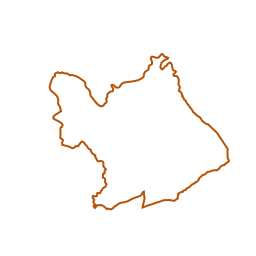 outline of Qiloane, Maseru, Lesotho, rotated 325°
{"feature_id": "5366337B33510041242454", "entity_name": "Qiloane", "entity_type": "district", "adm_level": 2, "iso_a3": "LSO", "parent_name": "Lesotho", "parent_adm1": "Maseru", "projection": "albers", "projection_center": [27.645, -29.358], "detail": "fine", "context": "isolated", "style": "outline", "palette": "amber", "viewbox_px": 256, "rotation_deg": 325, "n_neighbors": 0, "source": "geoboundaries", "source_scale": "gbopen_adm2", "svg_char_len": 5408}
<svg xmlns="http://www.w3.org/2000/svg" viewBox="0 0 256 256"><g transform="rotate(325 128 128)"><path d="M192.0,212.6L192.3,209.9L194.2,207.1L195.0,205.8L195.8,204.5L197.6,202.6L198.0,189.9L198.0,187.5L198.0,185.6L198.2,183.6L197.8,180.9L197.4,178.9L196.8,176.6L196.5,175.3L196.4,173.8L195.9,172.4L195.8,170.9L194.5,169.7L193.8,167.6L193.1,166.0L192.8,164.6L193.0,162.8L193.2,161.5L192.8,160.3L192.3,158.8L192.1,157.8L191.2,156.5L191.2,154.5L190.5,152.5L190.8,150.3L190.8,148.9L190.8,147.8L190.5,146.6L190.8,144.8L190.5,143.6L190.5,141.6L190.5,140.1L190.9,138.9L190.4,137.2L190.4,136.3L190.8,135.1L190.7,133.9L190.5,132.9L191.3,132.6L191.4,131.1L191.9,130.2L191.6,129.0L191.8,128.2L191.0,126.8L194.1,124.1L194.1,123.0L194.3,121.2L195.9,119.5L197.3,117.5L197.6,116.3L197.8,115.4L197.9,113.8L196.8,112.7L195.7,111.9L195.5,111.0L196.0,110.0L197.0,109.9L197.9,109.9L198.7,109.7L199.5,109.4L199.3,108.2L198.3,106.9L198.4,105.3L199.3,103.3L199.7,102.3L200.2,101.1L200.5,99.8L199.7,98.3L198.6,98.3L197.9,98.3L196.7,98.4L195.5,99.1L193.6,98.9L192.2,99.4L190.8,99.5L190.0,99.8L189.1,98.5L189.4,96.9L190.3,95.8L191.8,94.6L193.0,93.8L195.0,93.4L196.6,93.4L197.5,93.4L198.8,93.7L200.2,94.1L201.1,93.6L200.6,92.5L199.7,91.7L199.1,91.1L198.8,90.1L198.8,88.8L198.7,87.3L197.4,86.7L196.3,87.1L195.4,87.4L193.9,87.8L192.7,87.5L191.8,86.9L191.0,86.3L190.5,85.5L189.9,84.6L189.2,83.9L188.2,83.1L187.0,83.8L186.3,84.8L185.7,87.3L185.2,88.4L184.0,89.4L181.7,89.1L180.6,89.3L179.8,90.1L179.2,91.1L178.4,91.7L177.6,91.9L175.9,91.9L174.9,91.9L173.9,91.9L172.2,92.9L169.8,95.2L168.7,95.2L167.2,95.2L165.2,94.9L163.7,94.6L160.2,93.3L157.7,92.0L154.3,90.3L151.7,88.9L150.0,88.3L148.0,88.2L146.4,88.8L144.8,89.5L143.4,89.5L142.4,88.8L141.1,87.5L141.1,85.3L140.5,84.5L139.8,83.6L138.8,83.5L138.5,85.1L138.5,86.5L138.0,87.7L137.5,88.4L136.5,89.0L134.7,88.3L133.8,88.1L132.8,88.1L131.4,88.3L130.3,88.7L129.5,89.6L128.9,90.7L127.2,91.3L126.5,92.0L126.2,93.4L125.1,94.6L123.0,94.8L122.3,94.9L120.9,95.6L120.0,95.4L118.7,95.1L117.6,93.6L116.8,91.7L116.3,88.1L116.1,83.8L115.8,80.0L117.7,76.6L117.9,73.8L117.2,71.2L117.2,69.5L118.0,67.8L118.9,66.6L119.0,65.6L118.8,64.5L118.1,62.5L117.6,61.0L116.7,58.7L115.3,55.9L114.6,55.0L113.5,53.6L112.3,52.3L110.5,51.3L109.6,48.7L108.4,47.7L107.1,46.6L105.9,44.6L104.4,44.4L103.8,44.1L103.3,43.5L102.5,42.1L100.5,41.7L99.2,41.7L97.9,43.6L95.7,43.4L93.7,44.5L91.8,45.8L90.1,47.1L88.9,48.1L87.4,49.3L86.6,51.1L86.4,52.4L86.5,53.7L87.2,56.5L87.5,57.9L88.0,60.0L88.0,61.8L87.5,64.1L86.6,65.4L85.6,67.0L84.6,67.9L84.5,70.1L84.4,71.1L84.1,72.5L83.4,74.0L82.7,75.9L80.5,75.7L77.4,75.6L75.4,75.6L73.9,75.7L72.9,76.3L72.4,77.9L73.5,79.9L74.0,80.9L75.6,83.8L76.3,86.2L76.2,88.1L74.8,89.1L73.0,89.1L71.9,90.3L71.3,91.1L69.5,93.8L68.8,94.9L67.9,95.9L66.8,97.4L67.7,99.3L67.7,100.6L66.8,101.5L65.7,102.1L64.5,104.1L68.2,108.4L71.0,112.7L72.3,113.2L74.7,112.9L76.8,114.4L77.8,113.7L82.4,112.5L83.6,114.6L83.6,116.9L84.0,119.4L83.8,122.3L85.0,124.7L84.9,124.8L84.6,125.0L84.4,125.5L84.2,126.0L84.3,126.7L84.2,127.3L84.2,127.6L84.3,128.9L84.7,129.9L85.6,131.4L85.3,131.7L84.9,132.2L84.5,132.7L84.7,133.4L84.6,133.9L84.5,134.5L84.3,135.4L84.2,136.7L84.2,137.6L84.5,138.2L85.3,138.7L86.6,139.2L87.0,139.6L87.9,140.8L88.1,141.2L88.1,141.8L87.8,142.4L87.1,143.6L86.5,144.2L86.0,145.1L85.9,145.6L85.9,146.4L86.0,147.3L86.1,148.1L86.2,148.9L86.1,149.3L85.4,149.4L84.1,149.7L83.5,151.0L83.0,151.7L82.4,151.6L81.9,151.3L81.4,151.2L80.9,151.6L80.3,152.5L79.2,153.9L79.1,154.3L79.2,154.7L79.7,155.3L80.1,156.1L79.9,156.7L79.7,157.2L79.2,157.9L78.7,158.3L78.3,158.6L78.0,160.1L78.2,161.0L78.2,161.7L77.9,162.0L76.5,162.8L75.9,162.9L75.6,163.0L75.0,163.2L74.4,163.2L73.7,162.9L73.2,162.9L72.4,163.2L70.9,164.0L70.5,164.1L69.6,164.0L69.2,164.3L68.6,165.0L68.2,165.3L67.9,165.4L67.3,165.1L66.9,164.8L66.3,164.2L66.1,163.9L65.8,163.7L65.5,163.7L65.4,164.0L64.1,165.2L63.1,165.8L62.6,165.8L62.1,165.5L60.6,163.7L60.3,163.5L60.1,163.6L59.9,163.7L59.5,164.2L59.1,164.8L59.0,165.3L59.0,165.7L59.1,167.0L59.1,167.5L58.9,167.7L58.1,168.1L57.4,168.5L57.1,168.7L56.9,169.0L56.9,169.3L56.9,170.1L56.9,170.7L57.0,171.1L57.1,171.6L57.0,172.1L56.9,172.3L56.5,172.3L55.9,172.2L55.6,172.1L55.4,172.0L55.2,172.1L55.0,172.3L55.1,172.6L54.9,173.6L55.0,174.5L57.3,174.0L58.4,173.5L59.6,174.4L60.8,175.3L62.0,175.6L62.8,177.5L63.2,178.4L63.7,179.8L63.8,181.1L64.2,182.4L65.2,182.4L67.5,185.0L69.5,185.0L70.7,185.0L71.9,184.4L72.8,184.7L74.5,184.7L75.5,184.7L76.9,184.7L79.3,185.1L81.0,186.1L83.3,187.1L86.5,188.0L90.5,188.4L95.9,189.7L98.8,190.6L99.9,190.6L101.2,190.2L103.1,189.2L104.4,189.3L103.0,191.4L101.4,194.9L98.9,197.3L95.3,200.4L94.4,201.5L100.4,203.0L103.1,204.0L108.4,205.4L111.2,206.4L115.8,207.6L117.5,208.7L120.3,210.5L124.1,214.2L126.6,214.2L128.4,214.3L128.8,213.3L129.5,212.6L129.8,212.4L130.9,211.8L131.2,210.7L133.5,210.7L134.9,211.0L136.2,211.7L137.4,211.0L138.9,211.6L140.1,211.8L140.7,211.3L142.7,211.3L144.2,211.7L145.7,211.4L147.0,211.3L148.1,211.0L149.2,211.2L150.8,211.5L151.5,211.0L152.8,211.5L154.1,211.5L155.2,211.1L156.0,211.1L156.8,210.5L157.6,209.9L158.5,209.9L159.8,209.7L160.5,209.6L162.0,209.3L164.2,210.1L165.6,209.9L167.0,209.8L168.0,209.6L169.6,210.5L171.4,211.0L171.9,211.1L173.7,211.7L175.4,212.7L176.2,213.6L177.8,213.5L178.9,213.8L180.4,213.0L180.9,212.9L181.8,212.7L182.8,212.7L184.7,213.0L185.9,213.6L187.2,213.2L188.8,213.2L191.1,213.2L192.0,212.6Z" fill="none" stroke="#b45309" stroke-width="2"/></g></svg>